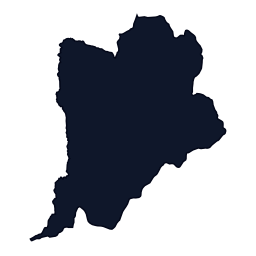 outline of Jardín, Antioquia, Colombia
{"feature_id": "7082276B57305283238211", "entity_name": "Jardín", "entity_type": "district", "adm_level": 2, "iso_a3": "COL", "parent_name": "Colombia", "parent_adm1": "Antioquia", "projection": "natural_earth1", "projection_center": [-75.842, 5.568], "detail": "fine", "context": "isolated", "style": "filled", "palette": "ink", "viewbox_px": 256, "rotation_deg": 0, "n_neighbors": 0, "source": "geoboundaries", "source_scale": "gbopen_adm2", "svg_char_len": 5635}
<svg xmlns="http://www.w3.org/2000/svg" viewBox="0 0 256 256"><path d="M144.5,16.9L139.3,17.5L138.2,17.4L137.4,16.4L137.0,15.4L135.7,19.3L133.9,23.9L133.6,26.5L133.2,27.8L132.3,28.5L130.6,29.1L129.8,30.1L129.1,30.6L127.3,31.4L123.8,33.5L122.5,34.1L121.4,34.3L119.6,34.2L119.4,34.6L120.3,36.2L119.9,38.5L119.7,39.3L118.4,40.6L117.4,42.2L117.5,43.2L118.9,49.0L118.7,51.0L118.5,51.7L117.4,52.5L116.9,54.4L116.1,56.1L115.5,57.8L115.3,58.1L114.9,58.1L114.1,57.4L113.4,55.3L112.6,53.8L111.8,52.7L108.9,52.3L107.6,51.7L105.5,51.5L103.3,50.2L102.6,49.5L101.9,49.1L101.1,48.9L99.8,49.0L98.1,48.0L97.3,48.0L96.8,48.1L96.3,48.0L95.2,47.0L92.5,46.2L91.4,46.1L89.4,45.6L87.9,45.4L85.7,44.7L84.4,43.4L83.5,41.6L82.8,41.2L81.7,41.8L80.5,41.2L78.9,41.0L77.2,41.4L75.5,41.1L74.8,41.1L73.8,39.8L73.3,39.5L72.8,39.5L72.4,38.8L71.3,39.1L70.7,38.4L70.1,38.7L69.3,38.9L68.1,38.5L67.2,38.8L66.3,38.9L65.3,39.8L63.9,40.2L63.6,40.8L63.2,42.0L62.9,42.7L61.9,43.3L60.6,43.6L59.6,44.6L59.6,45.0L59.7,45.5L60.9,46.4L61.9,47.7L60.4,49.0L60.4,49.5L60.7,50.2L60.3,51.1L60.8,52.4L60.7,52.8L59.2,53.6L58.0,55.0L58.5,55.6L59.4,56.1L59.8,56.6L60.6,57.6L60.6,58.0L59.9,59.1L59.8,59.9L60.5,61.8L60.6,62.3L59.9,62.8L59.5,63.3L58.9,65.0L58.8,67.2L58.5,68.4L58.6,69.5L59.2,71.2L59.3,71.8L58.8,72.6L57.8,73.8L57.7,74.7L58.1,75.8L59.4,77.1L59.3,78.8L59.9,81.3L60.0,87.1L60.3,88.3L60.3,88.8L59.6,89.5L59.4,90.8L58.8,91.6L58.3,92.0L56.9,92.3L56.7,92.6L56.7,93.1L56.4,93.6L56.2,94.2L56.5,94.8L56.9,95.0L57.1,95.3L56.8,96.1L57.2,96.5L57.0,97.4L57.3,98.0L56.6,99.3L57.0,100.1L56.9,101.2L57.0,101.7L58.3,103.1L59.3,105.3L60.3,105.8L60.4,106.3L60.8,106.6L62.1,106.4L62.6,106.9L62.6,108.9L63.3,109.5L63.8,110.8L64.9,112.1L65.5,113.1L65.9,114.3L66.1,115.7L66.5,117.5L66.3,121.0L66.7,125.7L66.3,128.1L66.8,129.3L66.9,130.2L66.8,131.7L66.4,132.2L66.3,132.6L67.1,134.7L66.9,136.9L67.0,137.2L67.6,137.4L68.0,138.0L67.8,140.3L68.6,140.7L68.8,141.2L68.3,142.3L68.2,143.7L67.9,144.7L67.2,146.0L67.1,146.6L68.1,149.5L68.1,150.2L67.5,151.0L68.0,151.9L68.0,152.4L68.0,152.9L67.7,154.2L67.8,154.7L68.9,156.9L69.0,157.8L69.7,158.6L68.8,159.2L68.1,161.9L67.6,162.6L67.6,163.6L67.3,164.8L67.0,170.0L66.5,171.1L66.5,171.4L66.6,171.7L67.5,172.4L68.3,173.5L68.7,175.0L68.2,175.8L67.1,175.9L66.7,176.1L66.1,177.2L66.0,177.8L64.8,177.2L63.9,177.3L63.6,177.6L63.5,178.4L63.1,179.0L62.4,178.9L61.7,177.5L60.9,177.2L60.7,177.3L60.6,178.4L60.3,178.6L59.5,178.5L59.0,178.5L58.5,180.2L57.7,180.6L55.3,182.9L55.5,184.5L55.3,186.5L55.5,187.7L55.0,188.6L54.8,189.6L54.2,189.9L54.1,190.5L54.6,191.9L56.1,194.2L56.1,196.2L56.4,197.5L55.5,198.7L55.0,198.6L54.4,199.2L53.3,200.8L53.0,201.0L52.8,201.7L53.0,202.5L53.4,203.5L54.1,204.2L54.5,204.8L55.0,208.1L55.0,210.7L55.2,211.2L55.2,212.6L55.1,213.2L55.4,214.0L53.7,214.4L52.2,214.4L51.6,215.8L50.7,216.5L50.1,218.0L48.5,220.4L48.3,221.6L48.1,225.0L47.7,226.6L47.2,227.5L46.8,227.7L45.1,227.7L44.5,228.2L42.7,232.0L41.4,233.9L38.8,234.5L37.2,235.5L36.0,235.7L32.9,237.7L30.4,239.0L31.4,240.6L31.9,240.6L36.1,238.7L37.1,238.5L38.5,238.6L39.7,238.5L41.4,237.3L46.9,236.0L48.1,235.8L48.5,236.2L49.1,236.4L49.3,236.8L49.7,237.0L55.4,236.1L56.6,235.5L57.1,235.1L57.5,234.6L57.9,233.6L58.6,232.7L60.5,232.0L62.1,230.8L62.6,230.1L63.3,228.3L64.2,227.5L64.8,227.2L67.0,226.9L68.4,227.3L72.6,227.3L73.1,224.4L73.8,222.4L73.8,217.8L74.6,217.1L75.2,215.9L75.5,212.4L76.5,210.1L77.6,207.7L79.0,206.7L80.3,206.8L81.0,207.4L83.7,209.6L85.0,211.2L86.4,214.0L87.7,219.6L88.4,221.5L90.0,223.1L92.4,224.5L95.4,225.3L97.3,225.7L101.1,225.9L103.2,226.3L109.9,228.9L112.0,229.1L113.5,228.0L114.9,226.6L116.7,223.1L118.5,220.9L119.5,220.1L122.5,211.7L124.1,209.1L125.8,206.7L127.5,203.8L129.1,199.3L130.4,198.4L133.4,197.7L135.8,197.8L138.6,197.4L139.0,197.3L140.4,196.3L140.8,195.2L141.0,192.1L141.7,189.6L142.4,188.2L143.6,186.7L144.8,185.5L149.8,182.7L153.0,177.5L154.1,176.2L156.5,174.4L157.4,173.1L159.6,169.0L159.9,168.2L160.8,166.8L161.8,165.7L162.7,165.2L163.4,164.5L163.9,163.5L164.4,163.0L165.2,162.7L166.7,162.5L169.5,163.8L171.6,163.5L173.3,163.6L174.4,164.3L176.2,166.2L177.1,166.9L178.1,167.2L178.9,167.2L179.6,166.9L180.4,165.9L183.1,161.7L185.6,159.9L186.0,158.7L186.1,155.2L186.5,153.2L187.0,152.7L188.1,152.7L188.9,152.4L192.9,149.9L198.4,147.9L201.0,148.5L205.6,147.9L207.0,148.1L208.0,148.0L209.2,147.6L210.1,147.0L211.5,145.3L213.0,144.0L216.9,140.8L217.9,140.5L218.8,139.8L222.7,134.9L224.2,134.1L225.0,133.4L225.6,131.4L225.6,130.2L225.3,129.6L224.7,128.9L223.4,128.1L222.9,127.5L223.0,123.9L222.8,122.6L222.5,121.9L222.0,121.5L220.7,120.6L218.5,119.4L217.8,118.9L217.3,118.2L217.3,117.2L217.6,116.2L217.6,115.3L217.2,114.6L216.7,114.0L216.4,112.2L214.8,109.9L213.0,105.1L212.5,101.4L211.8,99.9L210.6,99.6L208.5,97.7L206.4,97.4L203.2,95.0L200.6,94.1L199.1,93.8L196.9,93.6L196.2,94.4L193.4,95.6L192.6,95.4L192.2,95.1L191.9,94.5L191.7,93.7L191.7,93.1L192.3,92.0L192.3,87.8L192.8,83.6L192.9,81.7L193.6,78.8L194.4,77.0L195.7,76.3L196.8,75.4L198.8,73.4L200.9,69.4L201.4,68.2L202.0,62.8L202.1,60.0L202.2,59.3L202.6,58.4L202.6,57.8L201.9,55.8L201.2,55.1L200.7,54.8L200.6,54.4L200.5,54.0L200.8,53.5L201.1,53.0L201.6,51.9L201.8,49.6L201.5,48.9L199.9,45.7L198.6,44.4L196.2,41.3L195.5,39.5L195.4,37.6L194.7,36.2L193.5,35.0L190.7,32.9L188.6,31.0L187.5,30.4L186.4,30.3L185.7,30.6L185.4,31.3L184.8,33.2L184.7,34.3L184.4,35.4L184.0,35.8L183.3,35.8L182.9,35.5L182.2,35.4L180.3,35.5L177.3,38.0L175.9,38.1L175.3,38.0L173.8,37.3L173.5,36.8L173.2,36.0L172.6,31.6L170.1,27.8L169.2,26.1L168.8,24.5L168.7,24.3L166.9,23.0L165.9,21.9L164.8,19.9L164.0,17.7L162.9,16.9L160.7,15.9L159.7,15.8L157.4,16.8L155.2,17.2L147.6,17.7L144.5,16.9Z" fill="#0f172a" stroke="#020617" stroke-width="1.5"/></svg>